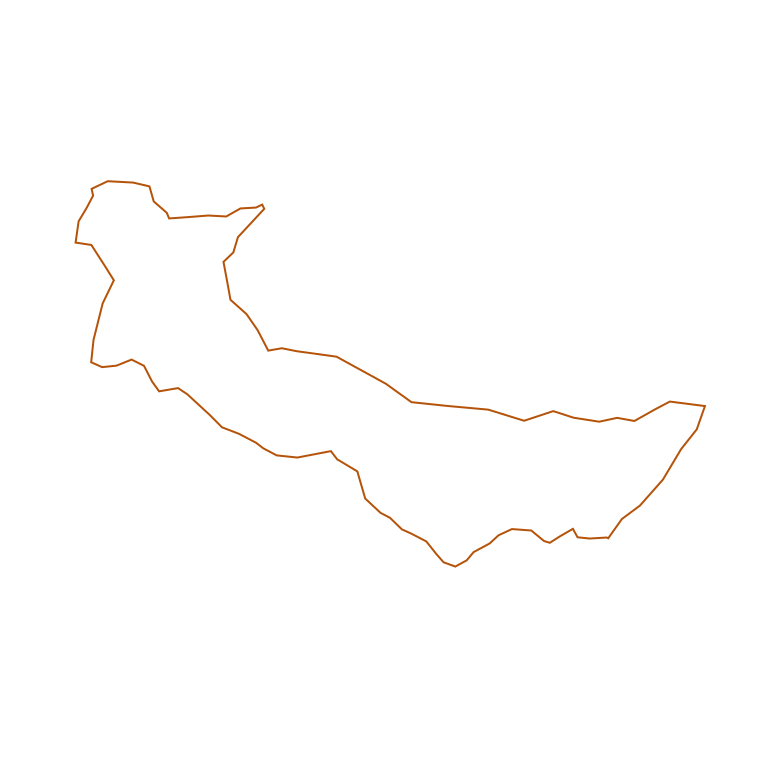 Korfi, Limassol, Cyprus (Mercator projection), rotated 276°
{"feature_id": "46923920B18588389508045", "entity_name": "Korfi", "entity_type": "district", "adm_level": 2, "iso_a3": "CYP", "parent_name": "Cyprus", "parent_adm1": "Limassol", "projection": "mercator", "projection_center": [32.963, 34.789], "detail": "fine", "context": "isolated", "style": "outline", "palette": "amber", "viewbox_px": 768, "rotation_deg": 276, "n_neighbors": 0, "source": "geoboundaries", "source_scale": "gbopen_adm2", "svg_char_len": 1330}
<svg xmlns="http://www.w3.org/2000/svg" viewBox="0 0 768 768"><g transform="rotate(276 384 384)"><path d="M375.0,90.5L371.3,101.9L374.3,116.1L381.9,130.4L377.0,143.4L362.2,153.1L353.2,161.1L358.4,179.6L353.2,189.5L334.8,214.2L324.0,227.4L319.3,244.9L312.2,262.9L307.5,270.5L301.8,284.7L301.8,305.5L311.7,338.2L304.2,345.3L294.3,366.6L268.1,377.3L255.5,394.0L251.5,404.0L241.3,417.0L238.3,426.1L231.9,442.5L220.5,453.7L212.9,461.9L209.9,474.0L217.2,484.6L226.2,490.7L236.5,505.8L245.5,513.7L253.1,526.4L253.7,545.8L244.6,559.5L243.4,565.5L250.9,574.9L259.7,587.0L251.8,592.5L251.8,604.6L254.6,621.6L254.0,623.1L274.6,634.7L289.9,651.3L318.1,671.4L350.3,686.3L371.6,699.8L395.6,705.5L396.2,679.7L396.4,670.1L387.3,656.5L373.4,636.9L374.7,619.4L369.0,601.9L370.3,576.1L374.1,558.1L374.7,555.1L362.1,527.2L369.4,490.4L368.8,449.4L368.8,413.2L384.4,385.9L398.7,351.8L406.2,334.0L407.5,293.7L408.9,278.7L405.1,265.4L424.3,252.7L439.1,240.0L451.7,222.5L468.2,217.7L488.7,211.6L499.1,220.4L514.8,223.4L545.7,246.6L549.7,244.1L546.1,238.3L543.6,222.9L534.1,209.6L533.2,191.7L529.5,171.7L526.2,153.0L531.6,150.0L541.5,135.9L556.0,130.1L558.1,113.4L556.8,88.0L547.5,72.8L541.0,75.0L528.6,70.1L513.9,63.3L492.4,62.5L491.7,78.4L472.8,93.6L458.9,104.5L434.8,95.8L397.5,90.5L375.0,90.5Z" fill="none" stroke="#b45309" stroke-width="2"/></g></svg>